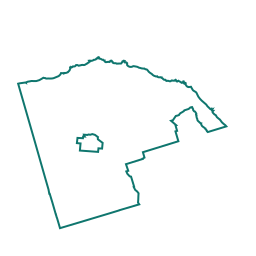 outline of Grant, South Australia, Australia, rotated 163°
{"feature_id": "25037944B24842060506409", "entity_name": "Grant", "entity_type": "district", "adm_level": 2, "iso_a3": "AUS", "parent_name": "Australia", "parent_adm1": "South Australia", "projection": "robinson", "projection_center": [140.575, -37.836], "detail": "fine", "context": "isolated", "style": "outline", "palette": "teal", "viewbox_px": 256, "rotation_deg": 163, "n_neighbors": 0, "source": "geoboundaries", "source_scale": "gbopen_adm2", "svg_char_len": 5682}
<svg xmlns="http://www.w3.org/2000/svg" viewBox="0 0 256 256"><g transform="rotate(163 128 128)"><path d="M222.3,52.1L171.9,51.8L160.5,51.8L160.4,51.9L139.6,51.7L140.2,53.8L139.1,56.6L138.0,59.8L137.0,62.5L137.8,64.6L139.2,66.7L139.8,70.0L139.3,70.1L139.3,80.6L140.5,81.3L142.0,84.4L142.3,87.0L140.3,87.0L140.4,90.2L140.5,94.0L122.9,94.1L122.9,94.4L122.4,94.4L121.6,94.8L120.9,94.9L120.8,100.5L83.7,100.6L83.6,110.9L81.9,110.9L81.8,116.6L81.1,116.6L84.7,122.3L82.8,122.3L78.8,125.5L77.8,125.5L77.1,125.4L75.5,125.5L74.8,126.1L73.5,126.9L72.3,127.1L69.7,127.8L69.0,128.4L64.4,128.5L62.4,129.4L60.6,129.3L60.5,129.0L60.7,128.8L60.7,128.3L60.4,127.8L60.2,126.9L60.4,126.4L60.4,125.9L59.9,124.7L59.2,124.2L58.9,123.5L58.8,123.0L58.5,122.0L58.5,121.6L58.9,121.2L59.1,120.8L59.0,120.5L58.8,120.3L58.8,119.8L58.9,119.6L59.1,119.4L59.3,117.6L59.1,116.6L59.3,115.4L59.2,114.8L58.8,113.9L58.3,113.2L58.1,112.7L57.7,112.0L57.5,111.9L57.4,111.6L57.2,111.4L57.0,110.8L56.8,110.8L56.9,110.6L56.8,110.4L56.9,110.0L56.8,109.1L56.6,108.3L56.2,107.6L55.5,106.7L54.8,105.8L54.4,104.9L54.2,104.8L54.3,104.5L54.0,104.0L53.9,103.6L53.7,103.5L53.6,103.2L53.5,102.6L53.4,102.4L53.5,102.2L53.5,101.9L52.9,100.8L33.5,100.8L34.1,102.2L35.3,103.9L36.5,105.9L37.1,107.6L37.6,109.0L37.9,109.6L38.2,109.9L39.7,112.2L40.1,113.4L40.1,114.0L40.2,114.4L41.4,115.8L42.2,117.4L42.5,118.3L42.5,118.7L42.3,119.0L41.7,119.4L42.1,119.5L42.5,120.2L42.4,120.4L42.2,120.5L42.2,120.8L42.0,121.0L42.5,120.9L42.8,121.1L42.7,121.4L42.4,121.9L42.4,122.1L42.7,122.1L43.3,121.8L43.8,122.1L44.3,123.1L45.2,124.7L45.7,125.6L46.3,127.5L49.5,132.6L50.7,135.0L51.6,137.5L52.2,141.4L52.3,141.9L52.7,142.6L54.5,144.6L54.9,145.3L55.5,147.8L55.6,148.3L55.7,149.0L56.1,149.1L57.1,149.2L57.8,149.3L58.0,149.5L58.4,149.6L58.7,149.9L59.0,150.0L59.6,150.8L59.8,151.3L59.9,151.7L60.2,152.7L60.1,153.5L59.7,153.9L59.7,154.1L59.8,154.3L60.2,154.4L60.4,154.1L60.9,153.7L61.2,153.9L61.4,154.2L61.4,154.6L61.2,154.6L60.8,155.0L61.1,155.3L61.2,155.5L61.1,155.8L61.1,156.0L61.1,156.3L61.3,156.4L61.6,156.4L61.8,156.0L61.7,156.0L61.8,155.8L62.4,155.7L62.8,155.4L63.3,155.4L63.5,155.6L63.9,156.0L64.0,156.2L64.0,156.4L64.3,156.6L65.0,157.4L65.7,158.0L65.9,158.4L66.4,158.3L66.6,158.4L67.0,158.4L67.4,158.1L67.9,158.4L68.1,158.8L68.2,159.0L68.2,160.0L68.3,160.2L68.9,160.1L69.3,159.7L69.5,159.7L69.9,159.7L71.4,160.2L72.1,160.7L73.1,160.5L73.4,160.3L73.8,160.3L74.3,160.4L75.8,161.4L76.4,161.6L77.0,161.6L77.5,161.8L77.8,162.2L78.0,163.0L78.3,163.3L79.0,163.4L79.6,163.8L79.8,164.2L80.1,164.5L80.2,165.0L80.5,165.4L81.1,166.0L81.0,166.3L81.0,166.5L81.5,166.5L81.9,167.0L83.2,167.3L84.2,167.7L84.8,168.3L85.0,168.9L85.4,168.9L85.6,169.0L86.0,169.0L86.3,169.2L87.8,170.3L88.9,171.6L89.3,172.5L91.0,174.6L91.8,175.9L92.0,176.6L92.7,178.2L93.3,178.7L94.2,179.1L95.0,180.1L95.6,180.2L97.5,181.0L99.0,182.0L99.8,182.4L101.0,183.6L101.6,184.0L103.7,185.1L104.9,185.6L106.5,185.4L107.3,185.6L108.1,185.8L109.0,186.4L109.6,187.0L110.1,187.7L110.4,188.3L110.4,188.5L110.2,188.9L110.2,189.2L110.3,189.6L110.3,189.9L110.2,190.1L109.9,190.3L110.0,190.5L110.2,190.9L110.4,190.9L110.5,191.2L110.9,191.5L111.7,191.6L111.7,191.9L111.9,192.1L111.8,192.3L112.0,192.6L112.0,192.9L111.8,193.1L112.3,193.3L112.4,193.6L112.6,193.6L112.8,193.4L113.4,193.4L113.8,193.3L113.8,193.0L114.0,192.7L114.6,192.5L115.6,191.7L116.2,191.8L118.2,192.4L118.5,192.4L119.3,192.7L119.6,192.7L120.1,192.9L120.2,193.1L120.9,193.6L122.5,194.1L123.2,194.6L123.5,195.1L123.5,195.4L123.4,195.7L123.8,196.0L123.8,196.7L124.0,197.1L124.3,197.1L124.4,197.3L125.1,197.4L125.5,197.2L125.6,196.9L126.3,196.5L127.3,197.0L127.9,197.0L128.6,197.3L129.4,197.3L130.1,197.5L130.5,197.9L130.7,198.4L130.8,198.7L130.7,198.9L130.8,199.1L130.7,199.4L131.2,199.5L131.4,199.7L131.6,200.1L132.0,200.4L132.0,200.6L132.5,200.7L132.9,201.0L133.3,201.5L134.0,202.2L134.9,202.6L135.0,202.9L135.1,203.2L135.3,203.2L135.3,203.4L135.1,203.6L135.1,203.8L135.5,203.8L135.4,204.1L135.6,204.3L135.8,204.1L135.7,203.8L135.8,203.7L136.2,203.9L136.3,203.6L136.5,203.5L137.0,203.6L137.5,203.8L137.9,203.6L138.0,203.3L138.6,203.2L138.8,203.0L139.3,203.0L140.2,203.0L140.8,203.2L142.1,202.8L143.5,203.0L144.8,203.6L145.4,203.7L145.0,202.7L145.7,202.6L146.3,202.2L146.5,202.3L147.8,201.7L147.9,201.8L149.2,201.4L151.0,201.0L151.8,201.1L153.2,201.7L153.8,201.7L154.2,201.9L154.9,201.8L156.4,202.0L156.8,201.9L157.4,202.4L157.7,202.7L158.2,203.1L159.1,203.3L159.5,203.3L159.6,203.2L159.8,202.9L160.8,202.5L161.6,202.6L162.3,202.9L162.7,203.0L163.2,202.6L163.7,202.6L164.3,202.7L164.7,203.1L164.8,203.0L164.8,202.9L164.8,202.7L165.3,202.9L165.6,203.2L165.6,203.3L165.5,203.7L165.7,203.1L165.6,202.8L165.7,202.4L165.6,202.1L165.7,201.8L166.6,200.9L167.0,200.2L168.4,199.4L169.0,199.2L169.2,198.9L171.0,198.8L171.5,198.9L171.9,198.9L173.1,199.4L173.6,199.3L173.5,199.0L173.6,198.9L173.7,199.0L173.8,199.3L176.0,200.1L176.6,199.4L177.1,198.9L178.3,198.3L179.2,197.9L184.5,197.4L185.7,197.5L187.2,197.8L189.9,198.7L191.2,199.0L192.1,199.4L192.5,199.9L193.1,200.1L193.7,200.4L194.0,200.7L194.3,200.8L195.7,200.4L198.8,199.7L201.8,199.7L202.4,199.8L206.7,201.2L208.1,201.3L210.3,201.6L212.5,201.4L212.5,201.2L212.8,201.5L213.4,201.6L218.5,202.4L220.1,202.5L221.1,141.6L221.8,104.7L222.0,92.4L222.5,88.1L222.1,88.0L222.1,78.8L222.3,66.6L222.2,66.6L222.3,63.5L222.2,62.9L222.2,61.7L222.3,52.1ZM159.4,128.1L159.7,127.7L160.1,126.0L156.6,121.2L158.8,115.9L162.2,117.2L163.6,113.9L180.6,120.5L177.9,127.1L181.3,128.5L179.2,133.3L174.1,131.4L173.4,133.0L172.0,132.5L172.1,132.8L172.1,134.5L168.8,133.2L168.6,133.2L168.1,133.3L167.6,133.3L166.5,132.8L166.2,132.6L163.9,132.6L161.6,131.1L159.4,128.1Z" fill="none" stroke="#0f766e" stroke-width="2"/></g></svg>